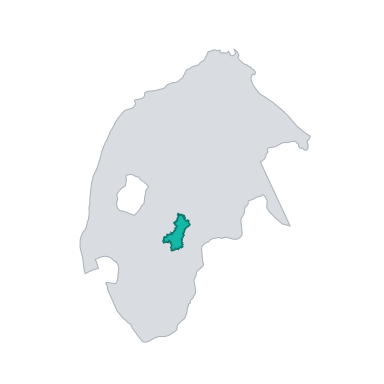 Dr Kenneth Kaunda, North West, South Africa shown in context, rotated 156°
{"feature_id": "47623444B93741575558004", "entity_name": "Dr Kenneth Kaunda", "entity_type": "district", "adm_level": 2, "iso_a3": "ZAF", "parent_name": "South Africa", "parent_adm1": "North West", "projection": "natural_earth1", "projection_center": [26.683, -26.884], "detail": "fine", "context": "in_parent", "style": "filled", "palette": "teal", "viewbox_px": 384, "rotation_deg": 156, "n_neighbors": 0, "source": "geoboundaries", "source_scale": "gbopen_adm2", "svg_char_len": 8232}
<svg xmlns="http://www.w3.org/2000/svg" viewBox="0 0 384 384"><g transform="rotate(156 192 192)"><path d="M263.3,71.7L271.9,70.4L275.8,71.1L280.4,73.2L284.7,73.9L292.1,73.2L294.6,73.5L296.6,74.2L298.1,75.3L300.1,83.4L301.9,92.2L301.8,95.0L302.1,96.1L304.1,99.8L304.9,102.1L306.1,104.0L308.7,113.3L308.9,114.9L308.7,137.4L307.6,140.2L308.0,143.7L306.8,144.2L299.5,139.6L298.3,139.8L296.2,141.5L294.3,144.1L293.4,146.4L289.6,152.5L289.3,156.3L289.6,159.6L290.8,159.8L291.7,162.1L293.7,165.9L297.0,168.4L300.1,169.5L304.4,169.7L307.9,169.7L307.7,167.1L308.6,160.3L314.3,161.1L322.8,160.9L322.1,165.3L318.9,175.5L316.8,186.9L314.2,192.6L312.8,195.0L308.6,199.2L306.4,200.6L304.6,201.1L297.5,209.6L294.8,213.7L292.5,219.6L290.1,222.9L286.7,229.9L280.6,240.2L275.6,247.0L273.3,249.0L271.8,249.8L267.8,253.8L262.2,260.1L257.9,265.7L251.5,272.1L247.8,274.8L242.2,280.3L240.7,281.1L234.4,286.2L229.9,289.3L222.7,292.9L219.8,293.9L212.9,293.0L210.1,293.5L207.7,295.6L207.5,298.7L206.5,299.2L200.2,297.8L197.6,298.0L196.0,299.7L194.8,301.8L191.2,301.9L184.8,299.7L177.2,298.4L175.4,298.2L171.8,299.8L170.5,300.1L165.1,299.7L162.2,298.7L159.3,298.7L157.2,299.6L154.5,299.9L147.5,305.7L143.8,305.7L140.6,306.4L135.0,305.6L133.4,306.0L131.7,307.0L127.9,307.4L126.4,308.3L120.1,313.6L117.4,313.1L114.1,313.0L110.2,310.2L108.8,310.3L109.1,309.5L109.2,308.0L107.8,306.4L106.3,306.5L105.5,305.3L103.2,305.1L101.4,305.5L100.9,300.6L100.0,300.1L97.7,300.0L96.6,300.2L96.1,300.6L95.5,301.8L95.6,305.2L94.8,304.2L93.8,302.1L93.5,299.9L93.7,297.3L95.4,296.4L94.9,293.1L92.0,287.4L90.4,286.2L89.0,283.3L87.7,282.2L87.1,280.2L85.8,278.5L85.3,276.0L86.0,274.5L87.1,273.7L88.2,275.0L89.6,274.5L91.5,272.6L92.6,269.8L92.6,265.2L92.2,262.4L90.5,255.1L89.7,253.4L86.1,248.2L81.8,241.2L76.3,230.1L73.6,223.5L69.5,210.0L66.0,202.5L61.7,195.4L61.2,194.9L61.8,194.1L64.0,192.4L65.0,192.0L65.5,192.2L66.0,191.7L66.5,190.6L66.8,188.1L67.8,185.5L68.7,184.4L70.6,183.6L72.1,184.6L72.8,185.6L73.0,186.9L73.7,187.5L74.8,187.4L75.5,188.2L76.0,189.8L75.9,191.0L75.3,191.7L75.5,192.7L76.2,193.9L77.1,196.5L81.1,197.8L83.4,198.0L85.6,198.6L87.6,199.8L90.9,200.1L95.5,199.5L99.3,199.8L102.3,200.9L104.4,201.1L105.7,200.4L106.3,199.4L106.1,198.0L106.8,197.1L108.2,196.8L109.4,195.8L110.3,194.1L112.4,192.7L115.6,191.7L117.3,191.7L116.2,121.0L122.1,125.8L123.5,128.1L126.5,134.7L129.5,142.9L130.1,146.8L129.9,147.7L127.0,153.1L126.9,155.7L127.3,158.8L128.0,160.4L128.9,160.9L131.0,160.1L134.2,160.9L140.3,160.5L143.4,161.0L144.2,160.7L144.8,160.0L145.6,158.2L146.3,157.6L149.2,156.8L150.4,155.7L152.4,152.0L158.4,147.1L159.1,145.9L162.8,134.1L164.0,132.4L165.7,131.3L169.0,130.4L171.0,130.9L173.1,131.9L175.5,133.6L179.1,136.8L180.3,137.3L183.9,137.5L186.1,139.6L192.8,141.0L194.8,140.9L196.8,139.8L200.3,139.8L203.9,139.0L206.2,136.9L210.5,124.0L210.9,121.2L211.4,120.4L214.9,118.9L219.2,117.8L220.1,117.2L222.7,113.6L226.2,110.7L228.7,100.3L230.3,97.9L231.2,96.9L231.9,96.9L232.8,96.2L233.9,95.0L235.3,94.2L236.9,93.9L238.0,93.0L238.4,91.6L239.3,91.0L240.4,91.0L241.1,90.6L241.3,89.7L243.9,87.4L244.0,86.5L245.5,84.4L248.4,80.9L251.2,79.0L253.8,78.6L258.6,76.8L260.3,75.2L261.4,72.9L263.3,71.7ZM254.6,224.0L258.9,222.3L262.0,220.0L262.7,215.8L265.1,213.2L266.0,210.8L266.7,207.5L265.3,204.0L263.4,203.0L259.8,200.0L258.3,198.0L256.2,196.3L254.6,194.2L252.2,194.9L248.4,196.5L246.0,198.0L244.0,199.8L240.5,201.1L237.2,206.8L236.1,208.1L233.5,212.3L229.7,214.3L229.6,215.1L230.9,218.5L232.6,221.8L234.4,224.6L234.3,226.3L234.9,227.6L236.6,228.5L239.3,232.0L240.7,233.1L244.9,233.9L245.5,233.7L246.6,231.6L246.8,230.2L249.6,225.7L250.8,224.4L254.6,224.0Z" fill="#d9dde1" stroke="#a8b0b8" stroke-width="1"/><path d="M225.8,146.1L224.6,146.5L224.2,145.4L222.7,145.8L222.9,147.1L221.6,147.8L222.2,149.2L222.0,149.4L221.4,149.6L221.8,150.5L221.7,150.6L221.8,151.1L221.2,151.4L221.1,151.6L220.6,152.0L220.9,152.5L220.2,152.9L220.5,153.7L219.3,154.1L219.0,154.1L218.1,155.0L216.8,155.8L217.3,156.9L216.9,156.9L217.1,157.6L217.2,157.8L217.0,158.0L216.9,158.0L216.6,158.1L215.8,158.2L215.9,158.6L215.4,158.9L215.5,159.0L215.4,158.8L215.2,158.9L215.2,159.0L214.7,159.4L214.5,160.3L214.1,161.1L213.8,160.6L213.7,160.7L213.6,160.8L213.5,161.1L213.3,161.1L213.2,161.2L212.9,161.0L212.7,161.4L211.5,162.0L211.1,161.4L211.2,161.8L210.2,162.5L209.8,161.9L209.1,162.1L208.0,162.6L207.7,163.1L207.2,163.0L207.2,163.5L207.4,164.4L207.8,165.2L207.9,165.7L207.5,165.9L206.8,166.5L206.7,167.2L207.0,167.2L207.4,168.1L207.7,168.0L207.8,167.9L208.1,168.1L209.3,167.8L209.3,168.7L209.8,169.4L210.1,170.8L209.1,170.8L208.1,171.0L208.5,171.1L209.2,171.4L209.7,171.3L209.8,172.4L208.7,172.8L208.7,173.1L208.8,173.1L209.0,174.1L210.3,173.6L210.2,174.7L210.3,174.9L210.5,175.2L210.4,175.4L210.6,175.7L210.9,175.9L211.2,175.8L211.3,175.8L211.2,175.6L211.5,175.5L211.6,175.4L211.8,175.4L212.0,175.6L212.1,176.0L212.4,175.8L212.6,175.8L212.6,176.0L212.8,176.1L213.0,176.3L213.0,176.5L213.0,176.8L213.1,177.0L213.0,177.3L212.9,177.4L213.1,177.7L213.3,177.9L213.5,178.0L213.7,177.7L213.9,177.6L214.4,177.2L214.4,176.9L214.0,176.9L213.8,176.7L214.2,176.3L214.3,176.2L214.1,175.7L214.2,175.2L214.3,175.2L214.6,175.2L214.9,174.9L214.9,174.7L215.0,174.5L215.3,174.6L215.5,174.4L215.6,174.1L215.9,174.0L216.1,173.7L216.5,173.7L216.6,173.3L216.4,173.1L216.4,172.9L216.6,172.5L216.7,172.2L216.8,172.1L217.1,171.8L217.3,171.9L217.5,171.9L217.8,171.8L217.9,172.1L218.1,172.1L218.1,171.9L218.1,171.6L218.2,171.4L218.3,171.3L218.4,171.2L218.7,171.3L218.8,171.2L219.0,171.2L219.1,171.3L219.6,171.6L219.8,171.4L220.0,171.2L220.4,171.3L220.8,171.4L221.0,171.4L221.1,171.2L220.9,171.1L220.6,171.1L220.5,170.9L220.3,170.8L220.0,170.5L220.0,170.4L220.2,170.0L220.4,169.8L220.5,169.7L220.6,169.8L220.6,170.0L220.8,169.9L220.8,169.7L220.7,169.5L220.7,169.3L220.7,169.2L220.8,169.0L220.8,168.9L220.7,168.6L220.3,168.2L220.1,168.1L219.9,167.8L219.8,167.4L219.7,167.3L219.7,167.2L219.7,166.7L219.9,166.7L220.2,166.8L220.4,166.7L220.5,166.6L220.5,166.4L220.8,166.3L221.0,166.2L221.2,165.8L221.2,165.6L221.3,165.5L221.5,165.5L222.0,165.7L222.2,165.8L222.4,165.3L222.3,165.1L222.2,165.0L222.2,164.9L222.3,164.5L222.7,164.3L222.8,163.8L223.0,163.8L223.4,163.6L223.6,163.7L223.7,163.8L223.7,164.0L223.9,164.1L224.0,164.0L224.1,163.9L224.2,163.5L224.2,163.3L224.3,163.3L224.7,163.1L224.8,163.1L225.0,162.9L225.5,162.7L225.8,162.5L225.8,162.8L226.1,162.8L226.4,162.6L226.6,162.3L226.7,162.2L226.8,162.3L226.9,162.5L227.2,162.5L227.4,162.7L227.4,162.9L227.4,163.0L227.5,163.2L227.6,163.3L227.6,163.2L227.6,162.9L227.6,162.7L227.6,162.4L227.6,162.0L227.7,161.6L227.9,161.3L228.1,161.4L228.0,161.7L228.1,161.8L228.4,162.1L228.9,162.3L229.1,162.5L229.3,162.5L229.5,162.6L229.9,162.6L230.0,162.5L230.4,162.4L230.6,162.3L231.1,162.7L231.3,162.6L231.5,162.3L231.8,162.4L231.7,162.6L231.8,162.8L231.7,163.0L231.9,163.3L232.1,163.4L232.2,163.0L232.3,162.7L232.5,162.6L232.6,162.4L232.7,162.2L232.8,162.1L233.0,162.0L233.2,161.7L233.3,161.6L233.5,161.4L233.6,161.1L233.9,160.9L234.2,161.0L234.3,161.1L234.3,161.3L234.5,161.5L234.7,161.8L234.8,161.9L235.0,161.9L235.1,162.1L235.2,162.3L235.3,162.3L235.5,162.3L235.6,162.2L235.9,161.8L236.1,161.7L236.4,161.6L236.5,161.1L236.6,160.9L236.8,160.8L237.0,160.6L237.0,160.4L237.1,160.1L236.9,159.8L237.0,159.6L237.4,159.6L237.6,159.4L237.9,159.6L238.1,159.4L237.9,159.1L237.9,158.9L238.1,158.9L238.3,158.7L238.1,158.6L238.5,158.4L238.5,157.8L238.0,158.3L238.0,157.7L237.9,157.7L237.9,157.0L236.9,157.0L236.1,156.7L235.8,156.7L235.6,157.0L234.9,156.3L235.0,156.1L234.7,155.6L234.3,155.5L234.1,155.9L234.3,156.3L233.6,156.5L233.4,156.5L233.2,156.7L232.9,156.7L232.8,156.8L232.8,156.7L232.7,156.8L232.6,156.4L232.6,156.0L232.5,155.5L231.8,155.6L231.8,155.4L231.6,155.1L231.4,154.6L231.7,154.5L231.9,154.6L232.2,154.4L232.5,154.2L232.4,153.2L231.9,151.8L232.6,151.0L233.2,150.6L233.6,150.4L234.1,149.9L233.8,148.9L233.5,147.3L234.6,147.5L234.6,146.7L234.1,146.5L233.5,146.4L232.7,146.3L232.2,146.1L231.6,146.1L231.6,146.3L231.4,146.4L231.1,146.5L230.3,146.4L230.3,146.7L230.2,147.3L229.8,147.2L230.1,146.4L229.6,147.1L229.7,146.5L229.3,146.2L228.4,145.8L228.5,145.6L227.8,145.1L227.5,145.9L226.7,145.7L226.7,145.8L226.5,145.7L226.4,145.7L225.8,146.1Z" fill="#14b8a6" stroke="#0f766e" stroke-width="1.5"/></g></svg>